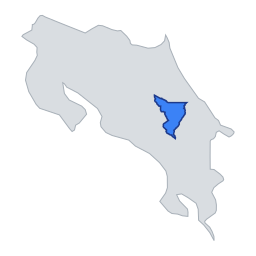 Turrialba, Cartago, Costa Rica shown in context
{"feature_id": "36466004B38119903555726", "entity_name": "Turrialba", "entity_type": "district", "adm_level": 2, "iso_a3": "CRI", "parent_name": "Costa Rica", "parent_adm1": "Cartago", "projection": "robinson", "projection_center": [-83.562, 9.784], "detail": "fine", "context": "in_parent", "style": "filled", "palette": "blue", "viewbox_px": 256, "rotation_deg": 0, "n_neighbors": 0, "source": "geoboundaries", "source_scale": "gbopen_adm2", "svg_char_len": 6098}
<svg xmlns="http://www.w3.org/2000/svg" viewBox="0 0 256 256"><path d="M234.1,131.9L233.8,133.2L232.7,134.6L231.1,136.0L229.0,137.0L224.0,134.1L219.1,130.8L216.3,132.3L215.3,136.6L213.5,138.8L211.2,139.6L210.2,141.1L210.1,155.5L210.2,169.2L214.0,169.5L220.2,174.2L222.9,177.0L223.7,179.6L223.0,180.8L218.4,183.8L213.9,187.6L211.7,192.3L215.6,199.9L216.4,205.0L216.3,210.4L215.2,213.0L206.6,219.2L204.7,221.3L205.0,222.9L209.7,227.2L212.0,231.3L213.9,236.3L214.1,240.6L209.8,232.6L203.8,225.0L198.6,220.2L198.2,209.2L196.1,203.3L188.3,197.8L181.6,193.9L176.6,194.7L179.6,201.0L187.5,209.1L188.0,212.2L187.9,216.4L182.5,215.8L177.7,214.1L171.9,213.5L168.0,211.0L159.8,201.4L165.6,193.1L167.4,187.7L167.3,176.4L165.9,171.0L159.6,162.7L149.5,153.5L135.4,146.1L128.8,140.1L112.2,135.5L105.9,132.5L101.0,126.8L100.3,122.7L102.0,116.5L97.5,108.5L77.8,92.9L66.8,87.2L64.4,83.8L62.7,82.7L64.4,93.5L69.2,100.0L81.7,106.1L85.2,109.6L86.6,114.2L79.3,123.0L75.6,125.2L74.5,130.0L72.1,131.5L69.6,128.7L59.4,114.9L39.7,108.3L36.1,104.3L28.8,91.7L25.5,80.2L26.7,72.5L34.8,60.6L37.3,55.4L36.8,52.2L37.1,47.5L34.1,44.2L26.6,39.9L21.9,36.4L23.2,34.7L31.8,30.1L32.3,25.9L32.3,24.6L33.7,24.3L34.9,23.2L35.7,22.0L38.0,18.0L40.1,15.7L42.4,15.4L45.3,17.0L56.1,21.4L68.1,26.2L85.2,33.0L92.3,28.6L98.4,25.3L102.7,25.8L111.9,29.6L117.4,30.9L120.8,30.5L126.7,36.2L129.9,40.5L130.4,43.4L132.2,44.9L136.8,45.2L148.0,48.2L154.9,47.6L161.1,44.5L164.6,40.8L165.6,35.0L167.2,37.9L169.1,42.4L169.9,48.2L177.9,67.6L184.4,78.5L198.5,98.3L204.6,101.9L214.9,117.8L218.5,120.5L220.5,125.1L231.2,129.0L234.1,131.9Z" fill="#d9dde1" stroke="#a8b0b8" stroke-width="1"/><path d="M175.3,138.6L175.4,138.0L175.4,137.8L175.4,137.4L175.3,137.2L175.2,137.0L175.1,136.8L174.9,136.6L174.9,136.2L174.9,135.9L174.7,135.6L174.5,135.4L174.4,135.3L173.7,134.9L173.6,134.7L173.7,134.1L173.7,133.5L173.7,133.4L173.8,132.9L173.9,132.5L174.0,132.2L174.2,131.9L174.3,131.4L174.2,130.9L174.0,130.7L173.9,130.5L173.9,130.3L174.0,130.3L174.1,130.2L174.4,130.0L174.5,129.9L174.6,129.7L175.2,129.2L175.3,129.0L175.4,128.8L175.4,128.7L175.7,128.3L175.8,128.3L175.8,128.1L176.1,128.0L176.3,127.9L176.6,127.8L176.8,127.7L176.9,127.4L177.0,127.2L177.3,126.8L177.5,126.7L177.8,126.6L177.9,126.4L178.0,126.3L178.1,126.2L178.4,125.8L178.4,125.6L178.5,125.5L178.5,125.4L179.0,124.8L179.2,124.4L179.2,124.1L179.3,123.9L179.3,123.7L179.1,122.9L179.1,122.5L179.4,122.1L179.6,122.0L180.1,121.2L180.3,120.9L180.5,120.7L180.7,120.4L180.8,120.1L181.3,119.9L181.4,119.6L181.5,119.4L181.6,119.1L181.8,118.7L182.0,118.1L182.5,117.5L182.7,117.3L182.8,117.2L183.0,117.1L183.1,116.8L183.2,116.7L183.3,116.5L183.4,116.4L183.5,116.3L183.7,116.0L183.8,115.9L183.8,115.5L183.9,115.4L184.1,115.2L184.3,115.0L184.5,114.9L184.6,114.6L184.8,114.1L185.0,114.1L185.1,113.7L185.0,113.4L185.3,112.9L185.3,112.6L185.2,112.4L185.1,112.2L185.0,111.8L184.9,111.5L184.9,111.3L185.0,111.1L185.0,110.9L185.1,110.6L185.2,110.3L185.1,110.2L185.0,109.7L184.8,109.3L184.7,109.2L184.8,109.0L184.7,108.9L184.3,108.7L184.5,108.6L184.5,108.4L184.4,108.4L184.2,108.2L184.3,108.1L184.3,107.9L184.2,107.8L184.3,107.7L184.3,107.4L184.5,107.3L184.5,107.2L184.4,107.1L184.2,106.9L184.2,106.7L184.1,106.3L184.0,106.0L184.0,105.9L184.3,105.9L184.4,105.7L184.6,105.6L184.9,105.4L184.9,105.1L184.9,104.9L185.0,104.8L185.0,104.6L184.9,104.4L184.9,104.2L185.1,104.0L185.4,103.8L185.6,103.7L185.8,103.3L186.0,103.3L186.0,103.1L186.6,102.6L177.8,102.6L177.5,102.6L171.9,102.6L168.1,102.6L167.2,102.2L166.7,101.4L166.4,101.4L166.3,101.1L166.2,101.0L166.0,100.9L166.0,100.7L165.7,100.7L165.4,100.5L165.2,100.3L165.0,100.1L164.8,100.0L164.7,100.0L164.3,100.0L164.3,99.9L164.0,99.6L163.7,99.5L163.3,99.4L163.2,99.3L162.9,99.2L162.7,99.2L162.3,99.0L162.2,98.9L162.0,98.7L161.9,98.5L161.9,98.4L161.6,98.3L161.4,98.3L161.1,98.4L161.1,98.5L160.9,98.4L160.8,98.5L160.3,98.4L154.5,95.2L154.5,95.6L154.4,95.7L154.4,96.0L154.5,96.4L154.7,96.6L154.7,96.8L154.7,97.1L154.6,97.3L154.8,97.8L155.0,98.1L155.2,98.4L155.5,98.5L155.5,98.9L155.5,99.1L155.4,99.2L155.2,99.3L155.1,99.6L154.7,100.1L154.8,100.5L154.9,101.0L155.0,101.3L155.1,101.5L155.3,101.7L155.5,101.9L155.7,102.0L155.9,102.0L156.3,102.3L156.6,102.6L156.7,102.8L156.7,103.2L156.8,103.4L156.9,103.7L157.1,103.9L157.2,104.3L157.3,104.4L157.6,104.5L157.9,104.6L158.0,104.9L158.1,105.2L158.2,105.3L158.4,105.5L158.6,105.6L158.6,105.8L158.9,106.1L159.1,106.1L159.5,106.1L159.8,106.3L160.0,106.4L160.6,106.2L160.5,109.3L160.5,109.9L160.7,110.2L160.8,110.4L160.8,110.5L160.9,110.8L161.0,110.9L161.1,111.2L161.1,111.3L161.2,111.5L161.3,111.5L161.5,111.7L161.8,111.7L162.4,111.7L162.5,111.7L162.9,111.7L163.0,111.7L163.3,111.5L163.7,111.7L163.9,111.9L164.2,112.2L164.4,112.3L164.5,112.3L164.5,112.2L165.0,112.3L164.9,112.5L165.0,112.8L165.0,113.0L164.9,113.4L164.9,113.7L164.8,113.9L164.7,113.9L164.7,114.0L165.1,114.6L165.3,115.1L165.4,115.4L165.7,115.7L165.7,115.9L165.8,115.9L165.9,116.1L166.2,116.8L166.4,117.0L166.5,117.0L166.5,117.5L166.6,117.8L166.7,118.0L166.8,118.1L167.0,118.3L167.2,118.5L167.4,119.5L167.5,119.5L168.0,119.9L168.0,120.0L168.4,120.4L166.8,121.6L166.7,121.7L166.6,121.8L166.3,121.9L165.7,122.4L165.2,122.7L164.9,123.1L164.7,123.2L164.4,123.3L164.2,123.4L164.0,123.5L163.9,123.6L163.7,123.8L163.5,124.0L163.4,124.3L163.3,124.5L163.3,125.1L163.4,125.3L163.4,125.5L163.3,126.1L163.2,126.3L163.2,126.5L163.5,127.1L163.7,127.4L163.8,127.6L164.1,127.7L164.3,127.8L164.6,128.2L165.0,128.5L165.2,128.8L165.6,129.1L165.7,129.6L166.0,129.8L166.4,129.8L166.5,129.8L166.6,130.1L166.5,130.4L166.5,130.7L166.5,130.8L166.4,131.3L166.1,131.6L166.3,131.8L166.5,132.0L166.5,132.4L166.6,132.6L166.8,133.0L167.1,133.1L167.3,133.2L167.4,133.4L167.7,133.5L167.8,133.6L168.0,133.6L168.3,133.6L168.7,133.7L168.7,133.9L168.8,134.1L169.4,134.5L169.6,134.6L169.9,134.7L170.0,134.8L170.5,135.0L171.2,135.1L171.4,135.1L171.7,135.0L171.8,135.5L171.9,135.9L172.1,136.0L172.4,136.3L172.6,136.5L172.8,136.8L173.0,136.9L173.2,137.0L173.4,137.1L173.5,137.1L173.9,137.4L174.0,137.5L174.3,137.8L174.5,137.9L174.8,138.1L174.9,138.3L175.3,138.6Z" fill="#3b82f6" stroke="#1e3a8a" stroke-width="1.5"/></svg>